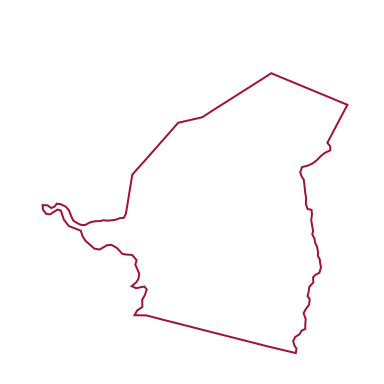 Jati, Ceará, Brazil (Albers equal-area conic projection), rotated 103°
{"feature_id": "56859067B99561003236729", "entity_name": "Jati", "entity_type": "district", "adm_level": 2, "iso_a3": "BRA", "parent_name": "Brazil", "parent_adm1": "Ceará", "projection": "albers", "projection_center": [-38.971, -7.726], "detail": "fine", "context": "isolated", "style": "outline", "palette": "rose", "viewbox_px": 384, "rotation_deg": 103, "n_neighbors": 0, "source": "geoboundaries", "source_scale": "gbopen_adm2", "svg_char_len": 1548}
<svg xmlns="http://www.w3.org/2000/svg" viewBox="0 0 384 384"><g transform="rotate(103 192 192)"><path d="M167.0,81.6L159.7,84.1L154.8,85.9L152.4,88.5L148.5,91.0L143.0,90.4L140.2,85.0L137.0,80.9L132.6,77.3L127.9,74.5L123.8,71.2L120.4,66.7L116.5,67.5L113.6,71.2L72.1,60.2L59.9,133.1L58.4,141.4L108.3,190.6L116.9,198.9L127.6,221.0L172.2,245.1L181.9,250.5L188.6,254.1L227.9,251.5L232.5,252.6L233.8,256.5L236.2,260.2L237.9,264.7L239.0,268.2L239.4,271.9L241.1,275.2L242.3,279.9L244.3,284.2L248.3,288.9L249.0,292.6L248.3,296.4L246.6,301.2L242.3,304.6L237.5,307.8L234.7,311.7L233.4,317.3L233.8,321.2L237.0,322.5L239.3,325.5L237.5,329.8L238.4,334.6L242.7,333.2L246.1,329.2L245.7,325.2L239.4,319.2L239.6,315.6L247.7,310.7L252.9,304.4L254.7,291.7L259.8,288.6L263.5,284.8L269.2,274.3L268.8,269.0L263.0,262.9L261.6,258.6L263.5,252.4L267.9,246.0L267.7,241.9L266.8,236.2L270.9,230.6L275.5,230.9L283.7,224.9L288.7,224.7L292.4,225.9L297.3,229.6L298.3,224.9L294.8,217.1L297.2,214.2L302.9,214.7L308.1,216.3L315.2,214.5L319.8,218.8L325.0,220.3L322.5,208.6L323.0,191.2L325.4,83.6L325.6,54.7L321.3,54.9L318.4,57.7L314.5,59.9L310.0,58.8L306.5,55.3L302.4,54.0L300.0,50.8L295.8,51.8L290.3,52.6L285.1,56.0L280.9,54.9L275.3,52.5L270.0,53.2L267.4,56.0L263.1,55.9L258.1,56.4L252.7,53.4L247.9,54.9L244.9,53.0L242.0,49.7L236.4,49.4L232.5,51.1L229.0,52.3L225.8,55.1L222.3,55.6L217.5,57.7L213.5,60.7L209.9,62.2L206.3,65.2L202.5,65.3L197.3,67.6L192.5,69.5L186.7,70.1L182.5,71.5L182.5,75.6L178.0,78.4L172.3,79.4L167.0,81.6Z" fill="none" stroke="#9f1239" stroke-width="2"/></g></svg>